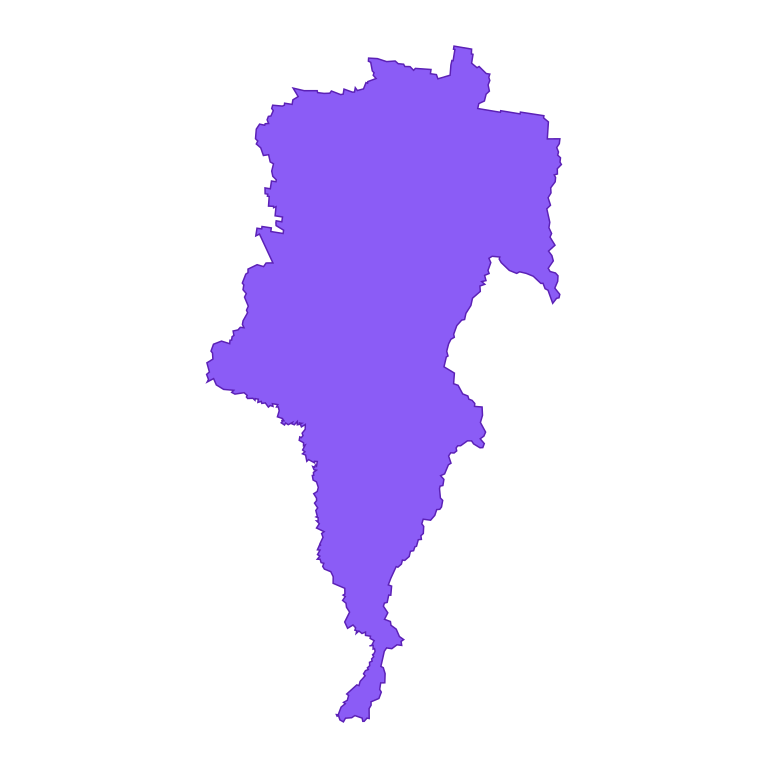 Snowy Valleys, New South Wales, Australia (Natural Earth projection)
{"feature_id": "25037944B29882714445476", "entity_name": "Snowy Valleys", "entity_type": "district", "adm_level": 2, "iso_a3": "AUS", "parent_name": "Australia", "parent_adm1": "New South Wales", "projection": "natural_earth1", "projection_center": [148.158, -35.943], "detail": "fine", "context": "isolated", "style": "filled", "palette": "violet", "viewbox_px": 768, "rotation_deg": 0, "n_neighbors": 0, "source": "geoboundaries", "source_scale": "gbopen_adm2", "svg_char_len": 6072}
<svg xmlns="http://www.w3.org/2000/svg" viewBox="0 0 768 768"><path d="M259.6,124.1L256.3,129.1L255.5,138.7L257.8,141.0L256.3,144.0L260.7,147.8L263.4,155.5L268.6,154.7L270.2,161.9L273.5,163.8L271.7,171.1L272.8,176.3L276.3,179.8L276.0,181.7L271.5,181.0L270.3,188.8L265.0,187.9L265.1,193.7L267.8,194.2L267.4,196.2L269.2,196.5L268.5,206.1L273.5,206.3L273.6,207.7L276.0,206.7L275.1,215.8L282.5,217.0L281.8,221.8L276.2,220.8L275.9,222.7L276.1,225.6L283.6,230.2L283.1,233.5L270.8,231.5L271.3,227.9L262.0,226.5L261.7,228.9L257.0,228.2L255.8,235.9L259.5,234.1L272.9,262.9L266.1,263.0L263.6,266.6L257.1,264.7L248.0,269.1L248.0,272.7L245.8,274.1L242.3,283.1L243.8,284.9L243.0,289.7L246.3,293.6L244.5,297.1L248.3,306.2L246.5,310.2L247.6,312.7L243.1,320.7L242.4,324.4L244.0,327.7L240.3,327.3L238.0,329.9L233.1,331.0L233.9,335.5L232.1,336.6L231.6,340.1L230.0,340.2L229.7,343.7L221.5,341.1L213.5,344.2L211.0,351.1L212.5,353.0L212.9,359.1L206.9,362.8L209.4,372.0L206.6,374.4L208.5,379.5L207.2,382.0L213.6,378.6L216.3,384.9L223.6,389.4L233.7,390.3L231.7,392.4L234.9,394.1L244.1,392.7L247.2,395.4L246.4,397.0L247.7,398.5L252.9,398.3L255.0,400.3L255.2,398.6L258.3,399.2L257.9,402.4L261.2,401.4L261.8,403.4L265.3,402.9L268.4,407.1L270.2,405.5L273.0,406.4L272.4,403.7L277.8,404.6L276.5,407.0L278.3,407.0L279.2,410.8L277.4,416.8L282.4,418.5L283.8,420.6L281.4,420.3L282.7,421.2L281.2,422.8L284.5,425.0L285.7,423.0L288.2,424.7L292.4,422.5L291.7,423.7L294.3,424.8L297.3,421.5L297.3,424.8L299.1,424.4L299.5,422.2L299.6,423.9L300.4,423.2L301.6,423.3L300.3,424.0L301.4,426.9L305.3,424.5L305.2,429.3L302.1,433.2L303.0,435.6L301.3,437.6L299.8,436.9L299.2,440.3L303.5,442.7L303.5,445.7L305.2,445.0L302.6,450.0L304.9,451.8L302.5,453.8L305.6,455.1L306.8,461.3L308.6,459.6L314.6,462.9L314.5,461.3L317.3,461.5L316.5,466.1L315.4,465.0L314.6,467.2L312.7,466.5L314.0,469.7L316.4,470.2L313.4,472.4L313.7,475.3L312.3,475.5L313.1,480.0L316.5,481.9L318.3,487.4L317.2,491.5L313.7,493.7L316.5,498.1L316.6,500.6L314.5,503.1L317.7,507.9L315.8,510.5L317.3,516.2L316.1,516.9L318.1,517.7L318.1,521.0L316.6,520.9L319.3,523.7L316.5,528.0L324.1,531.7L321.6,533.5L323.0,537.3L319.8,544.1L320.9,545.6L319.6,544.9L317.4,549.8L320.0,550.1L317.5,554.6L319.8,556.1L317.3,559.2L320.1,559.3L321.1,562.6L323.8,563.3L322.7,566.4L324.4,569.1L330.8,571.7L333.2,576.7L333.1,583.3L344.8,588.3L344.9,594.0L343.1,595.1L345.3,596.5L342.6,600.4L346.0,603.2L346.5,607.3L349.6,612.1L344.7,622.0L347.6,628.3L353.0,625.0L355.6,627.8L354.9,630.2L356.8,630.7L356.2,633.4L358.9,631.0L362.0,633.5L365.5,632.1L365.5,635.4L370.5,636.2L370.1,638.4L374.1,640.6L371.7,645.4L369.4,645.9L373.1,645.4L373.1,649.1L374.5,648.6L375.1,651.3L373.3,654.8L372.3,654.1L373.7,656.8L371.6,658.9L372.1,661.1L369.5,662.3L369.7,665.7L367.4,667.8L368.3,669.5L365.5,670.6L363.5,673.8L365.1,675.8L360.1,681.4L359.0,685.6L356.8,684.9L346.7,694.0L348.6,695.5L347.3,700.3L343.5,702.4L345.3,703.7L341.1,707.1L338.2,714.8L336.4,714.6L337.1,716.2L338.5,715.6L339.9,719.9L343.4,721.9L345.5,718.2L351.7,717.7L354.9,715.6L362.1,718.1L362.8,721.3L364.2,721.3L367.0,718.1L369.2,718.5L369.1,708.6L371.1,705.2L371.0,701.8L378.9,698.5L381.3,692.1L379.7,689.4L380.7,682.9L384.8,682.8L385.1,673.6L383.3,667.7L380.9,666.4L384.3,651.3L386.6,647.9L391.8,648.7L397.0,644.8L401.7,645.4L401.1,641.4L403.7,639.6L399.4,636.5L396.2,629.1L391.0,625.3L390.4,621.5L384.5,619.3L387.8,612.8L383.4,606.2L384.4,603.1L387.2,602.4L388.7,595.1L390.8,595.2L391.6,586.1L388.3,584.9L390.8,578.3L396.2,566.6L397.9,567.2L401.4,564.1L402.4,560.1L404.8,560.4L409.2,556.5L410.4,551.3L413.6,550.7L414.8,546.9L416.5,546.2L418.3,539.7L421.4,539.4L420.9,535.7L423.3,533.5L423.7,526.4L421.8,523.8L423.2,519.2L430.6,520.2L434.8,515.4L436.7,509.6L439.8,509.3L441.5,507.0L442.7,500.4L440.4,498.0L439.5,488.6L440.1,486.1L442.9,485.5L443.9,479.4L440.6,475.7L444.6,473.9L448.4,464.8L451.0,463.2L448.6,456.0L450.7,452.8L454.1,453.0L456.7,450.9L456.1,448.0L457.7,445.8L460.7,445.7L467.5,440.8L471.6,440.9L473.6,443.9L480.0,447.8L482.8,447.6L484.3,443.6L480.2,438.8L483.9,436.1L485.6,432.1L480.4,422.5L482.5,415.3L482.1,407.0L474.5,406.4L474.8,403.5L472.1,400.4L468.8,399.1L467.9,396.0L462.7,393.9L458.1,385.3L453.6,383.7L454.4,373.1L444.0,366.8L446.3,357.0L448.0,356.0L446.7,351.3L448.6,343.9L450.9,339.3L454.3,337.3L453.7,334.2L456.8,325.6L461.7,320.1L464.6,319.5L465.9,313.4L470.9,305.5L472.5,298.2L480.3,291.4L479.9,286.0L484.8,284.3L481.7,281.6L486.0,280.6L484.6,275.4L489.1,273.5L488.0,270.4L490.8,262.6L488.9,258.3L492.1,256.3L499.8,257.0L499.2,259.1L501.2,262.6L509.3,270.4L516.7,273.4L519.6,271.8L526.3,273.4L533.2,276.2L540.9,283.4L543.0,283.3L545.1,288.7L548.0,290.2L552.7,303.3L556.6,298.3L559.0,297.8L559.8,294.4L554.8,288.1L557.7,281.3L558.0,275.8L555.5,273.0L550.1,271.5L548.2,268.3L553.3,260.9L551.9,255.6L548.5,251.1L555.0,245.2L550.0,237.1L551.6,233.5L548.9,227.7L549.8,222.3L546.8,208.8L550.5,205.2L548.1,197.7L551.0,192.9L550.7,187.8L555.2,181.8L555.6,177.5L554.2,174.9L557.4,174.0L557.3,168.7L561.4,164.5L560.0,162.1L560.5,157.8L557.7,155.1L558.5,152.0L556.7,147.6L559.3,143.7L559.9,138.8L547.3,138.9L548.4,121.9L543.6,117.9L543.9,115.7L520.4,112.1L520.1,113.9L500.7,110.7L500.4,112.3L477.7,108.5L478.8,103.6L484.4,101.0L486.1,94.2L489.4,91.1L488.1,84.9L489.8,80.5L488.8,77.3L489.8,74.1L486.2,73.5L479.1,66.5L477.0,67.7L471.6,63.2L473.0,54.3L471.4,53.9L471.6,49.1L454.0,46.1L453.5,49.2L454.9,49.5L453.1,60.7L451.9,60.5L450.9,65.0L450.1,75.2L437.9,78.8L436.4,74.6L430.4,73.7L431.0,69.5L415.4,68.4L413.6,70.3L410.0,66.6L404.8,66.5L403.6,64.2L398.2,63.7L395.2,61.0L386.6,61.6L377.4,58.6L368.6,58.1L368.4,61.2L370.7,62.3L372.3,70.9L374.0,72.7L373.2,75.3L376.1,78.5L367.8,81.6L367.6,83.2L366.0,82.6L363.5,88.9L357.4,90.5L355.3,87.7L354.5,92.0L352.6,92.2L344.0,89.1L343.2,94.1L340.7,94.6L331.4,91.0L329.8,93.2L324.0,93.4L317.6,92.6L317.2,90.7L304.2,90.7L293.1,88.1L298.2,96.6L292.9,99.8L292.1,104.4L284.6,103.2L284.4,105.2L282.4,106.1L272.7,105.2L271.7,108.5L273.3,110.6L270.9,116.0L268.4,116.4L267.1,119.8L268.6,123.5L265.2,123.7L264.7,125.2L259.6,124.1Z" fill="#8b5cf6" stroke="#5b21b6" stroke-width="1.5"/></svg>